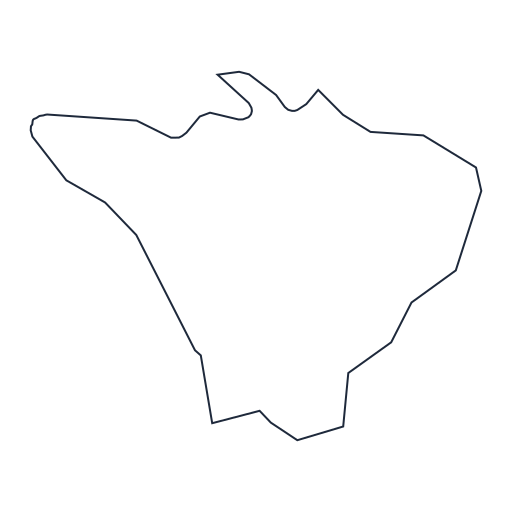 map outline of Bromley (Natural Earth projection)
{"feature_id": "GBR-2063", "entity_name": "Bromley", "entity_type": "London Borough", "adm_level": 1, "iso_a3": "GBR", "parent_name": "United Kingdom", "parent_adm1": "", "projection": "natural_earth1", "projection_center": [0.01, 51.361], "detail": "fine", "context": "isolated", "style": "outline", "palette": "slate", "viewbox_px": 512, "rotation_deg": 0, "n_neighbors": 0, "source": "natural_earth", "source_scale": "10m", "svg_char_len": 971}
<svg xmlns="http://www.w3.org/2000/svg" viewBox="0 0 512 512"><path d="M476.0,167.5L481.3,190.9L455.8,270.4L411.5,302.5L391.2,342.3L348.3,373.0L343.2,426.5L297.3,440.2L270.8,422.6L259.6,410.8L212.2,423.2L200.8,355.4L195.0,350.3L136.3,235.0L105.1,202.5L66.3,180.3L32.4,136.6L30.7,130.3L30.9,127.6L30.9,126.7L31.1,126.3L31.2,125.8L32.2,124.6L32.3,124.1L32.4,123.3L32.6,121.4L32.8,120.4L33.0,120.0L33.2,119.6L34.1,118.9L35.5,118.4L36.7,117.8L39.1,116.2L39.5,116.0L40.0,115.9L40.5,115.8L42.7,115.5L43.4,115.4L45.3,114.8L45.9,114.7L47.2,114.5L48.5,114.6L136.6,120.6L171.1,137.7L178.9,137.6L182.1,136.0L186.4,132.7L199.8,116.5L210.0,112.7L238.6,119.5L242.9,119.4L248.5,117.2L250.2,115.4L251.1,114.1L251.9,111.0L251.7,109.3L251.4,107.7L248.8,103.1L217.6,74.7L239.1,71.8L249.0,74.3L276.1,95.0L284.8,107.0L288.2,109.8L292.1,110.9L294.6,110.9L297.3,110.0L306.3,104.1L318.2,89.9L343.0,114.8L370.5,131.9L423.4,135.4L476.0,167.5Z" fill="none" stroke="#1e293b" stroke-width="2"/></svg>